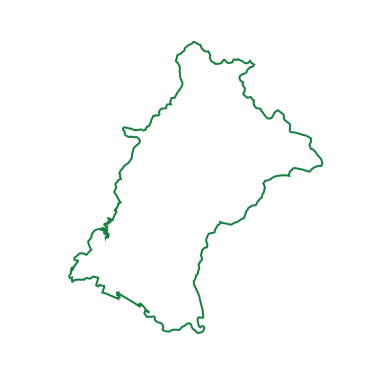 outline of Bahnea, Mures, Romania, rotated 214°
{"feature_id": "2599482B70038378899752", "entity_name": "Bahnea", "entity_type": "district", "adm_level": 2, "iso_a3": "ROU", "parent_name": "Romania", "parent_adm1": "Mures", "projection": "equal_earth", "projection_center": [24.492, 46.315], "detail": "fine", "context": "isolated", "style": "outline", "palette": "green", "viewbox_px": 384, "rotation_deg": 214, "n_neighbors": 0, "source": "geoboundaries", "source_scale": "gbopen_adm2", "svg_char_len": 6034}
<svg xmlns="http://www.w3.org/2000/svg" viewBox="0 0 384 384"><g transform="rotate(214 192 192)"><path d="M217.1,333.3L217.8,330.1L218.7,329.2L220.3,328.5L224.3,328.6L226.7,327.9L228.2,327.8L229.2,326.2L231.3,325.5L231.5,323.6L231.1,322.7L231.1,321.9L234.0,319.2L235.6,319.0L237.2,319.3L238.1,319.8L239.3,319.7L239.6,319.4L239.5,318.6L239.9,318.0L239.6,316.7L239.8,315.3L241.5,313.2L244.3,311.2L245.3,311.6L247.9,311.1L250.4,311.8L252.6,313.8L253.2,315.5L256.8,317.6L257.3,317.7L258.0,316.7L259.0,316.2L261.3,315.9L264.5,316.6L267.1,318.6L268.4,318.2L274.2,317.7L274.8,317.2L274.8,315.3L276.6,312.7L278.1,308.4L278.3,307.3L277.4,304.6L278.2,302.7L279.0,299.3L280.4,298.1L280.5,297.4L280.5,296.5L279.3,294.2L278.8,291.7L276.9,291.0L275.6,291.0L272.8,289.4L271.4,288.1L269.7,285.0L267.5,282.8L266.8,281.5L265.7,280.3L260.7,277.0L259.7,274.6L259.5,270.5L259.7,266.6L259.1,260.7L259.5,259.9L261.4,258.6L261.3,256.8L260.8,256.1L260.6,254.7L259.7,253.7L258.5,253.0L261.4,250.8L261.5,249.5L260.8,248.2L260.5,246.8L263.9,244.0L264.3,242.5L264.3,240.3L263.8,239.4L262.5,238.5L262.6,236.6L264.8,235.6L265.5,234.1L266.7,233.2L266.4,232.7L266.0,229.1L264.9,225.8L264.8,223.8L264.4,222.8L265.2,221.4L265.8,221.2L265.8,219.6L265.3,217.9L265.7,217.8L266.3,215.9L269.3,215.4L271.9,212.7L274.8,211.0L278.0,210.5L279.3,209.7L284.3,207.8L284.7,206.9L284.6,205.9L284.2,205.3L281.6,204.3L280.7,203.4L280.5,202.7L278.9,201.8L275.1,202.3L273.9,203.2L273.4,204.0L270.2,205.1L269.6,206.1L268.4,206.6L265.8,206.4L263.3,204.9L263.2,202.5L264.3,198.9L264.8,195.8L263.3,191.0L260.8,186.3L261.0,183.7L260.8,181.1L262.9,175.2L262.5,173.7L263.1,171.0L262.9,167.7L262.6,166.8L260.9,165.9L260.5,164.6L258.5,163.4L258.2,162.7L259.0,162.0L259.9,160.1L259.6,158.5L260.1,156.2L259.1,154.7L257.9,154.0L257.0,152.6L257.1,151.3L256.6,149.9L256.5,148.4L252.6,146.9L246.6,143.6L245.6,143.7L245.6,142.8L246.1,141.5L246.6,141.4L246.5,140.1L245.6,139.4L245.5,135.9L245.1,135.1L245.2,134.6L245.8,134.9L245.8,133.6L243.7,133.6L242.8,126.7L242.0,124.4L246.7,123.5L246.5,123.0L245.0,122.6L244.0,122.8L243.0,122.5L242.8,122.0L243.3,120.5L244.8,120.5L245.0,119.5L244.7,119.0L244.0,118.9L244.0,118.1L246.2,117.3L246.6,116.7L246.2,115.6L243.1,115.7L243.5,115.1L242.5,114.5L241.4,113.2L243.2,113.2L244.6,112.6L244.9,112.3L244.8,111.9L243.2,111.5L241.5,112.1L241.6,112.4L241.2,112.5L240.0,110.8L238.1,110.5L237.3,110.0L236.8,109.4L236.8,108.7L236.2,107.5L238.0,106.4L237.9,105.8L238.3,106.3L238.2,106.5L236.9,107.6L237.6,109.5L238.2,108.6L238.6,108.6L238.4,109.8L240.6,108.6L242.0,108.8L242.2,109.4L240.7,110.0L240.3,110.7L240.5,111.1L240.9,111.2L244.6,110.3L244.2,110.7L245.4,110.7L246.2,111.9L247.1,110.4L250.2,107.4L251.2,105.7L251.5,101.7L250.8,99.3L249.9,97.8L250.4,93.3L250.0,92.2L246.2,89.4L243.3,87.9L244.4,80.9L248.0,80.2L250.5,78.6L251.1,77.7L251.3,76.7L251.2,75.9L252.7,71.7L251.6,70.2L250.4,70.2L248.4,71.4L247.7,70.8L248.2,64.0L247.5,61.8L247.5,60.5L247.7,60.2L247.9,60.5L248.7,62.4L249.1,62.3L249.3,61.3L247.3,57.2L246.7,56.7L247.0,53.9L246.2,52.9L244.8,52.5L243.8,52.8L243.5,52.9L243.8,55.1L243.2,53.1L241.3,50.7L240.6,51.0L240.3,53.4L238.8,54.4L238.1,55.4L237.2,55.6L236.3,56.7L235.0,56.9L233.8,58.4L232.4,58.8L232.2,60.0L231.2,61.9L228.0,63.1L226.7,66.6L221.7,68.5L219.3,61.0L217.2,61.2L216.8,61.5L216.7,63.3L215.7,63.5L212.2,64.9L211.6,64.2L210.1,58.5L207.1,59.6L193.5,62.2L194.3,62.9L193.1,64.2L194.8,65.7L196.2,64.6L197.9,66.6L196.9,67.1L197.1,67.3L196.8,67.7L196.0,67.2L194.1,66.9L178.8,67.7L170.5,67.8L173.2,69.2L172.1,70.8L170.4,69.9L169.7,70.4L166.8,69.7L164.0,68.4L161.8,68.7L160.8,68.4L160.7,68.0L164.4,67.4L163.8,64.9L159.7,63.2L155.3,66.3L154.7,67.2L153.7,67.6L152.0,66.7L151.8,65.7L151.1,65.1L148.1,64.7L144.4,65.9L142.6,65.7L140.8,64.7L140.1,63.5L139.8,62.0L139.0,61.3L136.7,61.6L133.8,62.8L132.6,63.7L132.2,65.3L131.1,66.6L129.3,68.3L125.6,70.4L125.1,72.1L124.9,74.4L123.1,77.3L122.6,79.5L121.4,81.3L120.4,81.8L118.7,81.7L116.4,79.7L115.1,79.1L110.9,78.8L109.1,78.2L107.0,79.4L105.8,80.9L105.0,82.4L105.2,84.3L105.6,86.0L106.1,86.6L107.3,87.1L108.6,86.6L109.4,84.4L111.0,84.5L115.6,88.6L116.5,90.2L116.4,91.8L115.6,92.4L113.6,93.1L112.7,94.2L112.7,94.7L117.4,100.3L125.6,107.5L126.8,108.9L129.7,111.1L138.4,116.3L140.6,118.9L140.6,121.6L141.3,123.7L142.0,124.8L141.5,127.2L142.4,129.2L143.0,131.3L143.0,132.4L146.0,135.7L146.0,137.7L146.3,139.0L145.7,141.0L146.6,142.6L149.1,144.4L151.0,149.4L150.5,152.5L148.8,154.4L148.7,154.9L149.9,157.1L152.8,159.3L153.7,160.8L154.7,165.0L154.7,166.9L151.0,170.7L150.9,171.4L151.7,173.5L152.1,179.1L151.4,180.0L151.1,180.9L151.4,182.2L151.9,182.9L149.6,183.3L144.5,185.6L141.9,186.3L141.2,187.1L139.3,190.7L137.9,192.2L135.6,197.6L134.2,199.8L134.8,200.8L135.1,203.4L135.9,204.8L136.2,206.5L136.0,209.4L136.3,210.3L136.2,210.9L135.2,212.4L134.8,214.1L131.8,216.7L132.2,221.3L131.8,223.1L132.0,223.7L131.1,226.6L132.3,229.5L132.3,232.1L134.4,237.0L137.7,238.9L137.6,242.5L136.1,243.4L134.5,245.8L133.1,249.2L131.1,252.3L126.0,256.7L121.9,259.2L120.4,259.7L121.6,261.3L122.1,263.0L121.5,267.8L120.4,269.3L112.2,272.7L110.6,272.9L105.8,274.7L105.6,277.4L104.8,280.0L103.9,281.5L101.7,284.5L99.3,286.0L100.1,289.0L103.6,291.6L109.6,293.1L111.9,294.3L113.5,294.4L115.3,295.1L117.8,294.3L120.8,296.6L121.2,297.8L121.3,300.3L122.6,301.3L123.0,302.9L126.4,302.9L129.9,302.3L132.3,301.1L134.0,300.9L139.8,298.9L143.5,297.0L144.2,297.0L145.4,297.7L147.1,301.0L149.1,303.1L155.9,303.6L157.1,304.5L158.7,307.0L159.8,307.5L166.5,307.8L167.6,305.4L168.0,303.9L167.3,299.7L167.7,297.3L169.5,295.7L170.4,295.4L171.7,295.4L175.5,296.5L177.2,297.4L180.1,298.1L181.6,299.3L185.5,297.6L189.2,298.6L189.6,299.4L190.6,300.0L191.8,302.6L193.3,302.4L196.4,303.6L198.9,301.1L203.7,301.5L204.5,302.2L204.8,305.3L205.5,306.0L206.0,307.6L209.9,309.1L210.7,310.2L211.0,311.7L212.7,311.4L214.5,311.6L216.7,313.4L217.0,315.3L216.1,317.8L214.8,319.2L213.9,321.3L213.8,322.0L214.2,323.0L214.3,324.3L214.2,325.4L213.9,325.9L213.9,327.5L212.3,329.0L211.6,331.3L211.6,332.3L215.5,332.3L217.1,333.3Z" fill="none" stroke="#15803d" stroke-width="2"/></g></svg>